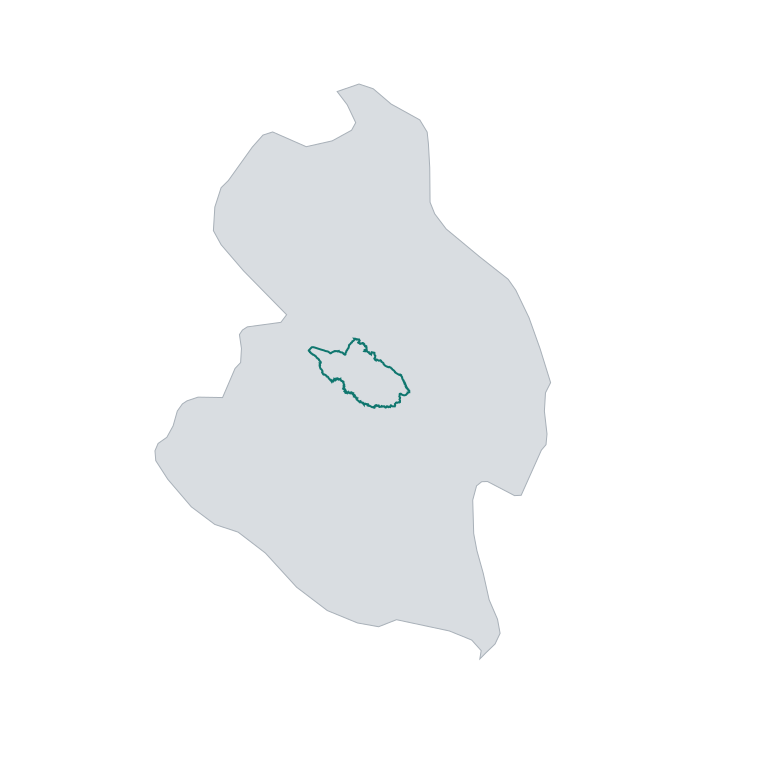 Kamonyi, Southern, Rwanda shown in context, rotated 132°
{"feature_id": "39286606B23352434464252", "entity_name": "Kamonyi", "entity_type": "district", "adm_level": 2, "iso_a3": "RWA", "parent_name": "Rwanda", "parent_adm1": "Southern", "projection": "equal_earth", "projection_center": [29.885, -2.028], "detail": "fine", "context": "in_parent", "style": "outline", "palette": "teal", "viewbox_px": 768, "rotation_deg": 132, "n_neighbors": 0, "source": "geoboundaries", "source_scale": "gbopen_adm2", "svg_char_len": 7092}
<svg xmlns="http://www.w3.org/2000/svg" viewBox="0 0 768 768"><g transform="rotate(132 384 384)"><path d="M320.7,223.0L327.8,222.8L374.9,207.6L379.6,212.3L387.2,241.8L391.2,246.0L397.7,247.1L410.9,240.4L435.1,217.3L445.7,203.4L458.2,183.7L474.0,161.5L482.9,142.2L491.6,130.9L502.9,127.5L515.5,128.4L524.2,128.8L517.1,133.4L515.6,147.5L523.8,170.2L550.8,217.0L568.0,225.6L579.3,243.8L590.3,274.5L593.5,312.9L589.0,359.0L591.7,393.3L601.6,415.8L604.2,445.0L599.5,480.9L593.7,502.3L586.9,509.5L579.3,512.1L568.9,509.7L556.2,512.7L542.4,519.5L533.7,520.5L528.3,519.1L518.2,513.4L502.1,494.9L472.1,505.1L464.0,504.9L453.0,513.7L444.0,524.5L438.6,525.3L433.0,523.8L407.2,501.9L397.7,502.7L393.9,564.1L389.5,598.2L384.2,613.4L365.7,628.1L347.1,636.4L336.9,635.8L296.0,640.4L280.0,640.5L271.2,635.4L259.7,600.6L238.0,585.2L217.1,577.9L208.7,579.9L201.1,598.2L198.0,614.5L177.8,603.3L171.8,589.5L171.2,566.1L163.8,534.1L167.9,520.5L175.8,511.7L192.6,494.8L218.1,471.4L223.6,460.2L227.2,441.6L225.5,398.4L223.1,361.8L226.1,348.8L237.7,320.6L253.3,291.7L271.5,261.1L282.5,258.1L296.9,246.6L312.1,229.4L320.7,223.0Z" fill="#d9dde1" stroke="#a8b0b8" stroke-width="1"/><path d="M409.2,377.4L408.7,376.9L408.5,376.0L408.0,375.2L407.7,375.3L407.9,376.1L407.7,376.3L406.8,375.7L406.2,376.1L405.9,376.1L405.5,375.6L404.9,375.7L404.7,375.4L405.0,374.6L404.6,374.5L404.3,373.7L404.1,373.6L403.8,373.8L403.5,373.6L403.7,372.9L404.1,372.4L404.2,372.1L404.0,371.9L403.5,371.8L402.9,370.9L402.5,370.8L401.9,371.0L401.8,370.8L401.7,369.9L401.6,369.7L401.2,369.4L400.6,369.2L400.4,368.9L400.3,368.7L400.6,367.6L400.4,367.0L399.5,366.6L398.8,367.0L398.5,366.9L398.1,365.1L397.5,365.1L397.0,364.0L395.6,364.6L395.2,364.6L395.1,364.0L395.2,363.4L395.1,363.0L393.4,361.0L392.4,361.4L391.6,362.5L390.6,362.4L390.0,362.6L389.4,362.4L388.9,361.4L387.8,361.0L387.4,360.2L386.8,360.0L385.6,361.0L385.1,362.2L384.0,362.5L383.5,362.8L383.3,363.0L383.2,363.9L383.0,364.3L381.8,364.8L381.2,365.5L380.8,365.7L380.0,365.1L379.9,364.5L379.9,363.3L379.0,361.5L378.3,360.9L377.1,360.3L376.2,360.5L375.4,360.2L375.1,360.3L374.5,360.8L374.0,360.2L373.5,360.0L373.2,359.7L372.3,360.6L372.2,360.6L372.0,360.9L372.2,361.5L372.1,362.0L372.2,362.6L371.8,362.7L371.9,363.2L371.6,363.7L371.9,364.7L371.8,365.2L371.2,365.2L371.1,366.4L370.7,366.3L370.4,366.7L370.4,367.2L370.1,367.6L370.1,367.9L369.8,368.2L370.0,368.5L369.6,368.7L369.6,369.7L369.0,369.8L369.1,370.4L369.0,370.9L368.6,371.2L368.6,371.8L368.2,372.0L368.2,372.8L368.0,373.5L367.4,374.3L367.3,374.8L366.8,375.1L366.6,375.6L366.5,376.9L366.1,377.0L365.9,377.2L366.2,378.5L367.0,378.7L367.2,379.5L367.8,382.6L367.7,383.2L367.9,383.6L367.6,383.9L367.7,384.2L367.3,385.3L367.5,386.0L367.4,386.5L367.6,387.3L367.3,388.4L367.5,388.7L367.3,390.2L367.8,391.0L367.8,391.5L368.5,391.8L368.6,392.0L368.7,392.8L369.0,393.0L369.4,394.4L369.7,396.1L369.6,396.6L369.4,396.8L369.5,397.6L368.9,398.4L368.9,399.3L369.2,400.9L368.7,401.6L368.7,402.5L368.9,402.7L369.3,402.7L370.2,403.5L370.3,404.3L370.6,405.1L370.5,405.4L370.9,406.1L371.0,406.2L371.8,406.3L371.9,406.2L372.0,406.9L371.8,407.3L371.6,408.2L370.9,408.4L370.5,408.3L369.6,408.7L369.1,409.3L369.0,409.6L368.8,409.6L368.8,409.9L368.2,411.3L367.3,411.8L367.2,412.0L368.7,414.5L369.1,414.4L369.5,413.8L370.4,413.4L370.3,413.9L370.6,414.2L371.0,414.3L371.1,415.5L370.7,416.3L370.5,416.5L371.0,417.1L371.1,418.5L371.3,419.0L372.1,419.6L372.7,420.5L372.4,420.5L372.0,421.0L371.9,420.9L371.8,421.1L371.5,421.1L370.1,419.8L369.2,420.9L368.8,421.1L368.2,421.9L368.6,421.9L368.5,422.1L368.2,422.4L368.4,422.5L368.5,423.1L368.4,423.2L368.6,423.4L368.3,423.7L368.4,424.0L368.3,424.7L368.2,424.5L367.6,425.2L367.5,425.9L367.7,426.1L367.6,427.0L368.0,427.5L368.7,427.6L369.1,428.0L369.5,428.1L370.0,428.4L370.3,428.9L370.2,429.6L370.6,430.7L370.5,430.9L369.5,430.3L369.3,430.9L368.1,431.1L368.0,431.9L367.8,431.8L367.6,432.4L368.2,433.0L368.7,433.9L369.0,433.7L369.2,433.8L369.5,434.6L369.4,434.7L369.6,435.0L369.5,435.5L370.2,436.4L370.3,435.8L371.0,435.6L372.5,435.6L373.4,436.1L374.3,435.7L374.9,435.7L375.3,436.0L376.6,435.8L377.4,435.8L377.7,436.0L378.5,436.0L378.9,435.6L379.3,435.5L380.0,434.9L380.5,434.8L381.4,434.3L381.8,434.5L383.0,434.3L383.5,434.0L384.3,434.2L385.4,433.5L385.8,433.6L386.6,433.4L387.6,432.5L388.0,432.4L388.4,432.7L388.7,434.1L388.5,434.5L388.5,434.9L388.4,435.1L388.6,436.3L389.4,437.3L389.8,439.0L389.7,439.4L389.9,439.4L390.1,439.9L390.5,439.8L390.8,440.1L391.0,440.9L391.8,441.8L392.5,442.3L392.4,442.6L392.5,442.7L396.1,444.1L396.5,444.0L397.1,444.4L397.1,445.5L397.4,447.5L398.7,449.6L399.1,450.9L400.6,453.9L403.3,460.0L404.1,461.4L405.1,462.3L409.4,462.4L409.6,462.2L409.7,461.3L409.5,460.9L409.9,460.4L409.7,460.2L409.7,459.6L410.0,458.7L409.7,457.9L409.8,457.6L409.8,456.6L409.5,456.4L409.4,455.4L409.1,454.9L409.3,454.2L409.0,453.1L409.5,451.7L409.4,451.3L409.5,450.7L409.3,450.6L409.3,448.6L409.8,448.1L409.8,447.8L409.9,446.0L410.3,445.6L410.5,445.2L411.3,445.4L411.6,445.7L411.9,445.2L412.7,444.2L413.1,444.4L413.4,443.8L413.7,443.8L413.9,443.5L415.1,441.5L415.0,440.3L415.4,438.7L416.1,437.8L416.7,437.9L416.9,437.7L417.1,436.4L417.5,435.7L417.3,434.8L417.0,434.5L416.7,434.5L416.4,433.4L416.4,432.4L416.8,431.8L416.7,431.3L416.3,430.9L416.2,430.5L416.4,429.5L416.8,429.0L416.9,428.6L416.7,427.4L417.1,426.4L417.0,425.5L417.2,424.7L416.5,425.1L416.6,423.8L416.3,423.5L416.1,423.6L415.9,424.3L415.3,424.1L414.8,423.5L414.6,424.3L414.2,424.4L413.9,424.2L414.2,423.8L414.1,423.4L413.8,422.8L413.5,422.5L413.2,422.5L413.1,423.2L413.0,423.5L412.7,422.8L412.3,422.5L412.1,422.5L411.7,423.0L411.6,422.9L411.8,422.4L411.7,422.1L411.0,422.1L411.1,421.1L410.6,421.2L410.3,419.8L409.9,420.1L409.4,419.9L410.2,419.2L410.2,418.9L409.9,418.9L409.9,418.6L410.2,417.9L410.2,417.6L409.8,417.3L409.4,415.7L409.6,415.5L410.0,415.8L410.3,414.7L410.8,414.3L410.9,413.6L411.3,412.8L411.5,412.7L411.7,413.0L412.0,413.0L412.1,412.4L412.4,411.7L412.8,411.7L413.1,411.4L413.6,411.2L413.3,412.0L414.3,411.3L414.9,411.2L414.8,410.4L414.1,410.0L414.0,409.6L414.3,408.7L414.7,408.9L414.8,408.2L415.2,408.4L415.6,408.1L415.7,408.4L415.9,408.4L415.8,407.9L416.4,406.7L416.1,406.2L415.2,406.7L414.9,405.9L414.6,405.6L414.8,405.3L414.9,405.0L414.0,405.1L414.2,404.6L413.6,404.1L413.8,403.8L413.8,403.5L412.8,403.2L412.8,402.9L413.3,402.7L413.2,402.4L412.6,402.4L412.3,402.1L411.9,402.2L411.9,401.9L412.1,401.6L412.4,400.7L412.2,400.7L411.8,401.1L411.5,400.9L411.4,400.7L411.9,400.4L412.5,399.3L412.5,399.1L412.0,398.8L411.9,398.4L412.0,398.1L412.9,398.4L413.5,398.0L413.0,396.9L412.6,395.7L413.1,395.6L413.1,395.3L412.6,394.4L413.1,394.4L413.8,394.0L413.7,392.6L413.7,392.1L413.7,391.5L413.8,390.9L413.6,390.3L413.7,389.8L413.7,389.6L413.4,389.6L413.3,390.2L413.1,390.4L412.6,390.1L413.0,389.7L412.6,388.5L412.6,387.5L412.0,387.0L412.1,386.8L412.5,386.7L412.7,385.4L412.2,385.9L412.2,385.0L411.9,384.8L411.8,385.4L411.7,385.4L411.2,384.9L411.2,384.2L410.3,383.3L410.2,382.8L410.6,382.7L410.8,382.2L409.8,382.1L409.9,381.6L410.4,381.3L410.5,380.9L410.2,380.3L409.7,379.8L409.2,377.4Z" fill="none" stroke="#0f766e" stroke-width="2"/></g></svg>